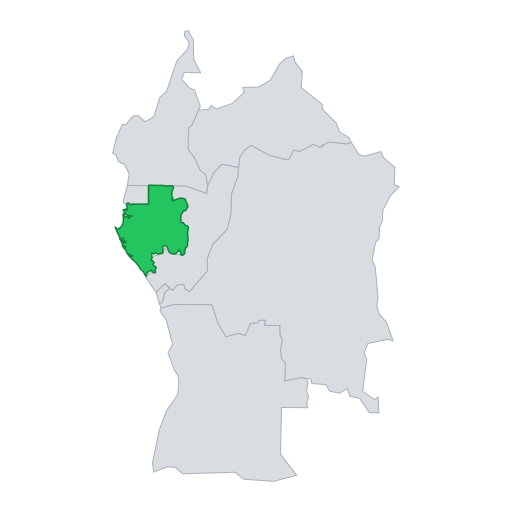 Gabon and the surrounding countries
{"feature_id": "GAB", "entity_name": "Gabon", "entity_type": "country or territory", "adm_level": 0, "iso_a3": "GAB", "parent_name": "Africa", "parent_adm1": "", "projection": "natural_earth1", "projection_center": [11.622, -0.807], "detail": "fine", "context": "with_neighbors", "style": "filled", "palette": "green", "viewbox_px": 512, "rotation_deg": 0, "n_neighbors": 6, "source": "natural_earth", "source_scale": "50m", "svg_char_len": 6995}
<svg xmlns="http://www.w3.org/2000/svg" viewBox="0 0 512 512"><path d="M375.2,267.0L378.1,298.1L376.8,305.7L379.2,314.1L386.5,322.3L393.1,340.8L388.1,339.3L367.8,343.5L364.1,352.8L366.8,359.3L362.6,391.3L374.6,399.6L378.1,397.0L378.8,412.8L369.2,412.6L359.7,398.3L350.1,396.3L347.4,388.6L339.7,393.2L329.7,391.2L325.6,384.5L311.7,383.5L311.0,379.0L301.0,377.8L284.6,380.9L285.4,363.5L281.3,358.1L280.4,349.1L282.3,340.3L279.8,334.6L279.7,325.4L264.4,325.5L265.5,320.3L259.1,320.3L258.4,322.9L250.5,323.4L245.4,335.6L238.5,333.5L226.0,336.8L218.3,324.4L211.6,304.7L174.4,304.5L161.1,308.0L159.3,303.5L162.6,301.9L165.0,291.8L169.6,288.7L172.9,290.2L177.3,284.6L184.1,284.7L184.9,288.9L189.6,291.5L207.6,270.5L207.2,258.5L212.7,244.3L226.8,229.7L228.3,225.0L230.7,214.6L231.6,193.4L237.8,176.4L239.7,157.4L244.6,150.0L251.3,145.3L269.8,155.6L288.4,159.9L293.9,150.0L299.7,151.4L313.7,144.1L318.7,147.2L322.8,146.8L324.6,143.2L329.3,142.0L346.9,143.9L351.1,142.3L358.8,154.4L364.5,156.2L380.7,151.6L383.7,157.8L394.9,167.5L394.2,184.6L399.3,186.6L390.4,195.7L382.9,210.1L382.2,221.8L379.3,227.4L379.2,238.4L375.5,242.5L372.1,260.3L375.2,267.0Z" fill="#d9dde1" stroke="#a8b0b8" stroke-width="1"/><path d="M188.3,30.7L193.3,40.1L193.8,59.5L200.6,72.8L184.3,72.3L181.6,79.2L189.1,87.7L194.6,90.2L200.3,106.3L192.1,125.1L189.0,127.8L188.3,149.6L194.3,157.3L200.1,170.1L205.8,174.8L207.7,185.7L206.8,193.6L186.6,186.3L127.4,185.4L129.2,173.9L124.3,164.2L118.5,161.8L116.0,155.2L112.7,153.1L116.1,138.7L122.2,124.6L125.8,124.5L133.3,115.9L138.1,115.7L145.2,121.7L153.8,116.8L159.8,97.4L166.5,91.4L176.8,60.9L187.4,49.6L189.4,42.1L184.4,36.2L184.8,31.6L188.3,30.7Z" fill="#d9dde1" stroke="#a8b0b8" stroke-width="1"/><path d="M351.1,142.3L346.9,143.9L329.3,142.0L318.7,147.2L313.7,144.1L299.7,151.4L293.9,150.0L288.4,159.9L269.8,155.6L251.3,145.3L244.6,150.0L239.7,157.4L238.5,167.6L221.9,164.3L214.4,172.1L207.7,185.7L205.8,174.8L200.1,170.1L194.3,157.3L188.3,149.6L188.1,139.1L189.0,127.8L192.1,125.1L198.4,110.3L208.8,109.2L211.1,105.4L216.3,109.0L232.2,103.5L244.1,92.6L242.8,87.5L258.5,87.0L270.3,80.3L279.3,64.3L285.6,58.4L293.5,55.9L295.0,62.1L302.3,71.3L301.3,87.9L322.3,104.4L322.4,109.2L336.3,123.1L339.5,131.9L349.0,137.7L351.1,142.3Z" fill="#d9dde1" stroke="#a8b0b8" stroke-width="1"/><path d="M238.5,167.6L237.8,176.4L231.6,193.4L230.7,214.6L228.3,225.0L226.8,229.7L212.7,244.3L207.2,258.5L207.6,270.5L189.6,291.5L184.9,288.9L184.1,284.7L177.3,284.6L172.9,290.2L164.9,283.7L156.0,292.5L145.6,277.0L155.2,268.9L150.5,259.2L154.8,255.6L163.3,253.8L164.3,247.3L171.1,254.3L182.2,254.9L186.1,248.0L187.7,238.3L186.3,226.9L180.3,218.3L185.8,201.3L182.7,198.4L173.3,199.6L169.7,192.1L170.6,185.7L186.6,186.3L206.8,193.6L207.7,185.7L214.4,172.1L221.9,164.3L238.5,167.6Z" fill="#d9dde1" stroke="#a8b0b8" stroke-width="1"/><path d="M127.4,185.4L147.9,185.8L148.0,203.4L125.4,204.1L123.0,201.9L127.4,185.4Z" fill="#d9dde1" stroke="#a8b0b8" stroke-width="1"/><path d="M169.6,288.7L165.0,291.8L162.6,301.9L159.3,303.5L156.0,292.5L164.9,283.7L169.6,288.7ZM161.1,308.0L174.4,304.5L211.6,304.7L218.3,324.4L226.0,336.8L238.5,333.5L245.4,335.6L250.5,323.4L258.4,322.9L259.1,320.3L265.5,320.3L264.4,325.5L279.7,325.4L279.8,334.6L282.3,340.3L280.4,349.1L281.3,358.1L285.4,363.5L284.6,380.9L301.0,377.8L306.7,378.6L308.0,383.2L306.5,390.3L308.6,397.1L306.7,402.6L307.7,407.7L281.6,407.5L280.4,454.1L296.7,475.3L273.7,481.3L243.6,479.2L235.0,472.2L182.6,473.8L175.2,467.2L167.1,466.8L153.7,472.1L152.5,462.8L159.2,430.2L166.3,411.0L177.5,394.9L178.9,384.1L178.2,375.8L174.5,370.5L168.1,352.9L172.6,344.0L166.2,320.1L159.9,310.8L161.1,308.0Z" fill="#d9dde1" stroke="#a8b0b8" stroke-width="1"/><path d="M173.4,187.2L173.3,188.2L172.3,190.8L171.9,192.7L171.7,194.7L172.0,196.4L172.5,197.6L172.8,198.8L172.6,199.7L172.1,200.1L172.4,200.6L173.2,200.7L174.4,200.3L176.3,199.6L178.8,198.6L180.4,198.1L183.2,198.4L184.6,198.8L185.4,199.5L186.2,202.4L186.6,202.9L187.2,204.1L187.8,205.6L187.9,206.4L187.8,207.0L187.3,207.8L186.6,209.0L186.4,209.7L185.9,210.2L185.2,210.8L183.4,211.0L183.2,211.3L182.6,212.6L181.7,213.6L181.3,214.7L180.9,216.0L180.9,217.7L180.8,220.1L180.6,221.8L181.0,222.4L183.2,222.8L183.6,223.1L184.2,224.1L184.9,225.1L186.9,225.7L187.7,226.4L188.3,227.2L188.4,227.9L187.9,230.5L187.5,233.0L187.7,235.0L187.8,236.8L188.1,239.5L188.0,241.1L187.4,242.1L187.4,242.9L187.7,243.8L187.2,246.4L186.9,246.9L186.0,247.4L185.5,248.1L185.3,249.2L184.9,250.7L184.4,251.2L184.4,251.9L184.9,252.4L184.8,253.2L184.0,254.2L183.4,254.9L182.2,255.2L180.9,254.9L180.6,254.3L180.9,253.5L180.8,252.9L180.3,252.2L179.6,250.4L179.0,250.1L178.6,250.8L177.5,252.1L175.6,253.8L174.2,254.0L171.7,253.5L169.6,252.6L168.6,250.6L168.0,249.0L167.1,247.1L166.1,246.1L165.0,245.6L164.5,245.5L163.0,246.6L162.5,247.0L162.5,247.9L162.7,248.8L162.9,249.2L163.1,249.7L163.1,250.5L162.8,251.6L162.7,252.9L157.9,254.1L157.0,253.7L156.4,253.1L155.7,253.2L153.6,253.8L152.8,253.4L152.1,253.1L151.7,253.3L151.7,253.9L152.0,256.8L151.9,257.9L151.5,259.3L151.2,260.3L152.5,260.6L153.0,261.0L153.4,261.7L154.0,262.4L154.1,262.8L153.4,263.6L153.1,264.5L153.5,265.3L154.3,266.0L155.6,266.8L156.2,267.3L156.2,267.8L155.6,268.8L155.3,269.7L154.9,270.4L155.0,271.2L155.6,271.8L155.5,272.4L155.1,272.9L154.4,272.8L153.7,272.8L153.1,272.6L151.2,270.3L150.8,270.3L148.1,272.0L147.4,272.8L146.8,273.8L146.1,276.1L144.8,274.8L143.8,272.4L142.5,270.9L139.9,268.5L139.2,266.7L136.2,262.9L131.9,259.0L128.8,255.6L128.3,254.9L128.8,255.0L131.8,256.7L132.2,256.5L132.6,256.1L131.3,255.2L130.0,254.5L128.9,254.1L127.7,254.1L127.0,253.4L126.6,252.3L126.4,251.4L125.9,250.5L124.2,248.5L123.8,247.7L122.9,246.6L123.5,246.5L125.3,247.5L125.4,247.1L125.3,246.5L123.5,245.6L122.5,245.5L122.3,244.8L122.4,244.1L121.1,241.2L119.8,239.0L119.6,238.0L123.2,242.7L123.7,242.8L124.3,242.7L125.8,242.2L125.5,241.6L124.8,240.9L124.2,241.2L123.3,241.3L122.9,241.0L122.7,240.5L123.5,238.2L123.2,238.3L122.9,238.7L122.4,238.9L121.7,239.0L120.0,237.8L118.4,234.5L118.0,233.8L117.6,232.6L117.2,232.2L115.4,227.5L116.1,227.8L116.9,229.2L118.5,228.9L119.1,228.1L119.6,228.1L120.2,227.9L120.9,227.2L122.9,224.0L123.4,219.7L123.3,217.1L123.0,214.6L123.6,213.8L123.9,214.3L124.0,215.2L124.3,215.9L125.1,216.5L126.4,216.6L128.5,217.6L129.2,218.2L129.4,217.0L131.8,216.0L131.1,215.6L129.0,216.0L126.1,214.5L125.1,213.5L124.2,211.7L123.3,210.8L123.3,209.9L125.4,209.1L126.0,209.2L126.2,210.1L126.7,210.5L127.0,210.4L127.1,209.6L127.1,207.4L126.4,204.3L126.6,203.7L127.2,203.5L127.7,203.1L128.1,203.0L128.8,203.1L129.1,203.8L129.3,204.2L130.0,204.4L130.6,204.8L131.1,204.7L131.5,204.2L132.1,204.1L134.0,204.2L135.8,204.2L139.2,204.2L142.6,204.2L146.1,204.2L148.7,204.2L148.6,202.4L148.6,199.7L148.6,196.5L148.6,193.4L148.6,190.5L148.6,187.1L148.7,186.2L148.9,185.8L148.8,185.2L151.5,185.2L156.3,185.4L158.4,185.4L159.0,185.4L161.6,185.3L163.7,185.5L164.7,185.7L165.5,185.8L168.0,186.0L171.3,185.8L172.5,185.8L173.1,186.3L173.4,187.2Z" fill="#22c55e" stroke="#15803d" stroke-width="1.5"/></svg>